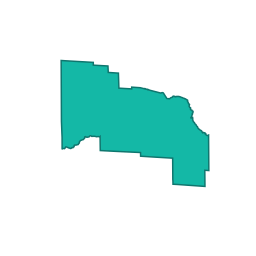 Alberti, Buenos Aires, Argentina, rotated 138°
{"feature_id": "61730980B40572574294935", "entity_name": "Alberti", "entity_type": "district", "adm_level": 2, "iso_a3": "ARG", "parent_name": "Argentina", "parent_adm1": "Buenos Aires", "projection": "equal_earth", "projection_center": [-60.326, -35.028], "detail": "fine", "context": "isolated", "style": "filled", "palette": "teal", "viewbox_px": 256, "rotation_deg": 138, "n_neighbors": 0, "source": "geoboundaries", "source_scale": "gbopen_adm2", "svg_char_len": 4277}
<svg xmlns="http://www.w3.org/2000/svg" viewBox="0 0 256 256"><g transform="rotate(138 128 128)"><path d="M132.2,56.1L129.2,53.1L109.9,33.1L99.2,45.2L96.4,42.3L72.8,68.9L73.0,69.0L73.5,69.1L73.8,69.2L74.1,69.4L74.4,69.7L74.5,70.2L74.5,70.6L74.5,70.9L74.4,71.1L74.6,71.5L74.4,71.6L74.1,71.7L74.2,72.0L74.3,72.4L74.1,72.6L74.1,72.8L74.1,73.1L74.4,73.2L74.7,73.4L74.8,73.8L74.9,74.2L75.2,74.5L75.8,74.6L75.7,75.1L75.6,75.4L75.4,75.8L75.3,76.3L75.3,76.7L75.3,77.0L75.4,77.3L75.7,77.8L75.8,78.0L75.8,78.5L75.8,79.0L76.0,79.4L76.1,79.8L76.0,80.1L76.1,80.5L76.1,80.9L76.0,81.4L75.9,81.6L75.7,81.9L75.5,82.6L75.7,82.9L75.7,83.4L75.6,83.9L75.4,84.3L75.3,84.6L75.3,85.1L75.3,85.5L75.4,85.8L75.4,86.3L75.4,86.8L75.2,87.1L75.1,87.3L75.0,87.6L75.1,88.3L75.2,88.6L75.2,89.0L75.0,89.4L74.9,89.7L74.7,90.1L74.7,90.6L74.5,90.8L74.1,91.1L73.8,91.3L73.7,91.7L73.5,91.9L73.4,92.0L73.2,92.2L73.0,92.5L73.3,92.7L73.5,92.6L73.8,92.8L74.1,93.0L74.4,93.2L74.5,93.4L74.2,93.7L73.9,93.8L73.5,93.7L73.3,93.8L73.1,93.8L72.8,94.0L72.6,94.1L72.3,94.3L72.2,94.5L71.9,94.7L71.6,94.9L71.4,95.0L71.1,95.0L70.9,95.1L70.6,95.3L70.5,95.6L70.5,95.8L70.2,95.9L69.7,95.9L69.3,96.1L69.2,96.3L68.9,96.5L68.5,96.9L68.6,97.3L68.8,97.8L68.9,98.0L68.7,98.4L68.6,98.6L68.8,98.9L69.0,99.1L69.2,99.7L69.1,100.0L68.9,100.3L68.6,100.5L68.4,100.6L68.1,100.9L68.0,101.1L68.1,101.5L68.3,101.8L68.4,102.0L68.2,102.4L68.2,102.6L68.1,103.1L67.9,103.3L67.6,103.6L67.3,103.8L67.1,104.1L66.7,104.2L66.5,104.4L66.5,104.8L66.7,105.3L66.6,105.7L66.5,106.2L66.3,106.4L66.2,106.7L66.0,107.1L66.1,107.6L66.0,108.0L65.6,108.3L65.2,108.6L65.1,108.9L65.2,109.2L65.4,109.6L65.5,110.1L65.7,110.5L65.7,110.9L65.8,111.2L66.1,111.6L66.3,111.9L66.3,112.3L66.6,112.7L66.8,113.0L67.0,113.4L67.1,113.6L67.2,114.0L67.4,114.4L67.6,114.7L67.8,114.9L67.9,115.3L68.1,115.6L68.2,115.9L68.4,116.3L68.5,116.5L68.8,116.8L68.9,117.1L69.0,117.3L69.4,117.6L69.6,117.8L69.7,118.1L70.0,118.3L70.3,118.4L70.6,118.6L70.8,118.7L70.9,118.9L71.0,119.2L71.3,119.4L71.5,119.4L71.8,119.4L72.1,119.6L72.3,120.0L72.3,120.5L72.5,120.8L72.7,121.1L73.0,121.3L73.5,121.5L73.9,121.3L74.1,121.1L74.6,121.2L75.0,121.5L75.5,121.7L75.8,121.8L76.5,121.9L77.1,121.9L77.5,121.9L77.9,122.2L78.3,122.7L78.6,123.1L79.1,123.5L79.4,123.9L79.4,124.4L79.2,124.9L79.2,125.2L79.0,125.8L79.0,126.4L78.9,126.9L78.7,127.7L78.7,128.2L78.5,129.0L78.4,129.6L78.3,130.3L78.4,130.8L78.8,131.3L79.2,131.6L79.4,131.7L79.8,131.8L80.1,132.0L80.3,132.1L86.6,141.6L87.4,143.4L87.7,143.2L88.9,145.7L89.1,145.5L91.9,149.7L97.9,155.9L99.1,154.6L108.1,163.7L98.4,175.2L105.5,182.5L101.4,187.5L111.7,197.9L109.9,200.0L129.1,219.4L132.5,222.9L173.0,177.5L183.3,165.1L190.9,156.6L190.8,156.4L190.5,156.4L190.2,156.4L190.0,156.2L189.8,156.0L189.5,155.8L189.3,155.5L189.1,155.2L188.6,155.1L188.3,155.2L188.0,155.3L187.8,155.4L187.4,155.5L187.0,155.6L186.7,155.4L186.4,155.1L186.2,154.6L186.1,154.3L185.9,153.9L185.6,153.6L185.5,153.3L185.4,152.8L185.1,152.6L184.9,152.3L184.8,151.9L184.6,151.4L184.1,151.0L183.7,150.9L183.4,151.0L182.9,151.0L182.6,150.6L182.1,150.2L181.7,150.3L181.3,150.5L180.9,150.2L180.6,150.2L180.3,150.4L180.1,150.7L179.8,150.9L179.5,151.1L179.2,151.0L179.0,150.9L178.8,150.7L178.6,150.5L178.2,150.3L178.0,150.1L177.6,149.8L177.1,149.7L176.8,149.6L176.6,149.3L176.3,149.1L175.9,149.1L175.5,149.2L175.3,149.3L175.0,149.5L174.6,149.4L174.3,149.4L174.1,149.5L173.7,149.9L173.4,150.2L173.1,150.3L172.7,150.3L172.2,150.4L171.9,150.5L171.4,150.4L171.0,150.2L170.6,150.0L170.2,149.9L169.8,149.8L169.5,149.6L169.3,149.4L168.9,149.3L168.4,149.4L168.1,149.5L167.7,149.4L167.3,149.4L167.0,149.5L166.7,149.8L166.4,150.1L166.1,150.3L165.8,150.3L165.4,150.1L165.3,149.7L165.3,149.4L165.1,149.1L164.7,148.8L164.6,148.5L164.3,148.3L163.8,148.1L163.5,147.9L163.2,147.6L162.9,147.5L162.5,147.5L162.1,147.6L161.9,147.6L161.5,147.6L161.1,147.4L160.9,147.2L160.7,146.9L160.7,146.5L160.6,146.1L160.3,145.8L160.0,145.6L159.7,145.4L159.5,145.1L159.0,144.9L158.7,144.6L158.5,144.3L158.2,144.0L158.0,143.7L157.7,143.3L157.5,143.0L157.3,142.6L156.9,142.3L156.5,142.1L156.1,141.7L155.8,141.5L155.5,141.2L155.3,140.8L155.1,140.6L154.8,140.5L154.6,140.4L154.4,140.4L163.7,129.8L151.9,118.0L135.1,101.4L137.5,98.6L129.2,90.1L115.0,75.7L129.2,59.7L130.2,58.4L132.2,56.1Z" fill="#14b8a6" stroke="#0f766e" stroke-width="1.5"/></g></svg>